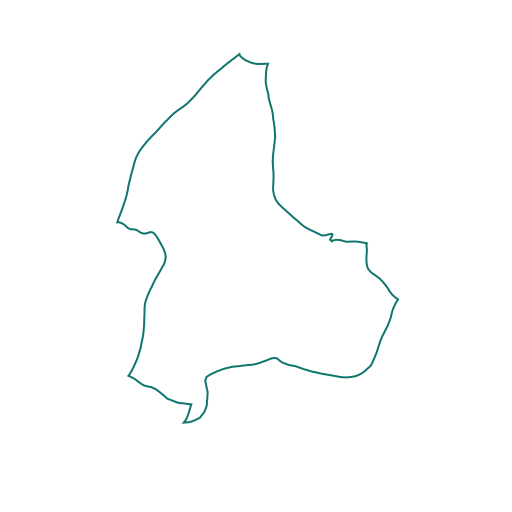 the district of Ghayl bin Yamin, Hadramawt, Yemen, rotated 113°
{"feature_id": "15242507B14142255130537", "entity_name": "Ghayl bin Yamin", "entity_type": "district", "adm_level": 2, "iso_a3": "YEM", "parent_name": "Yemen", "parent_adm1": "Hadramawt", "projection": "mercator", "projection_center": [49.287, 15.382], "detail": "fine", "context": "isolated", "style": "outline", "palette": "teal", "viewbox_px": 512, "rotation_deg": 113, "n_neighbors": 0, "source": "geoboundaries", "source_scale": "gbopen_adm2", "svg_char_len": 6064}
<svg xmlns="http://www.w3.org/2000/svg" viewBox="0 0 512 512"><g transform="rotate(113 256 256)"><path d="M416.1,326.6L416.1,325.3L416.3,322.8L416.5,320.5L416.7,319.0L416.9,318.1L417.6,315.6L418.1,313.3L418.3,312.4L418.7,310.7L418.9,307.9L418.5,305.6L418.1,303.0L417.6,300.8L417.6,300.7L417.8,295.9L420.1,287.2L422.0,282.1L421.6,270.6L417.8,257.6L420.4,257.4L423.5,257.0L426.4,256.6L428.2,256.6L428.9,256.5L431.8,256.4L434.3,256.5L436.5,257.1L437.6,257.4L435.0,252.4L431.5,248.5L426.9,244.5L419.3,242.5L412.8,242.9L400.2,247.3L390.7,254.0L387.0,254.3L386.9,254.3L384.8,253.1L383.9,252.4L382.9,251.7L380.6,249.7L379.2,248.4L377.7,247.1L377.5,246.8L375.9,245.2L374.1,243.4L373.5,242.7L372.4,241.5L371.1,239.8L369.5,237.6L368.7,236.5L368.1,235.7L366.8,233.8L365.6,231.5L364.5,229.5L363.1,227.0L361.9,225.2L360.9,223.1L359.7,221.2L358.6,218.9L358.4,218.5L356.9,215.9L355.5,214.0L354.3,212.4L352.7,210.6L352.2,210.0L350.5,208.3L348.9,206.5L347.4,204.9L345.5,203.1L345.1,202.7L344.1,201.5L342.7,199.4L342.4,198.4L342.0,197.0L343.3,192.4L343.4,192.1L343.8,189.8L343.7,187.4L343.6,185.8L343.6,184.7L343.2,181.9L342.6,179.3L341.9,176.3L341.9,174.3L341.8,173.2L341.6,170.1L341.4,166.8L341.0,163.9L340.8,161.9L340.7,161.0L340.4,158.4L339.7,155.8L339.4,153.4L339.4,153.2L338.9,150.8L338.5,148.6L338.4,148.2L337.6,144.9L336.9,141.9L336.3,139.6L335.9,137.5L335.6,136.4L335.1,134.2L334.7,132.1L333.9,129.2L332.8,126.3L331.5,123.5L330.1,121.0L328.8,119.0L327.3,116.9L325.5,115.1L323.4,113.4L322.1,112.4L320.9,111.7L318.9,110.6L316.4,109.5L314.6,108.6L314.0,108.3L311.9,107.5L309.7,107.3L307.2,107.2L304.8,107.2L302.8,107.2L301.9,107.2L299.2,107.2L296.4,107.4L293.6,107.6L292.1,107.8L290.8,107.9L288.9,108.1L287.8,108.1L285.0,108.4L282.5,108.4L280.3,108.4L277.1,108.1L274.9,108.0L272.3,107.8L270.8,107.7L269.5,107.6L266.9,107.6L266.0,107.6L264.5,107.7L261.8,107.8L259.4,108.0L257.2,108.4L254.6,108.8L253.6,109.0L250.8,109.2L248.9,109.1L247.9,109.1L245.5,109.0L242.9,108.7L240.4,108.3L239.9,110.8L239.1,113.4L238.3,115.6L237.2,117.7L236.1,119.6L234.5,121.5L233.6,123.0L232.8,124.4L231.5,126.7L230.3,128.9L229.4,131.1L228.3,133.8L227.7,136.2L227.2,138.4L226.9,140.0L226.8,141.0L226.1,143.6L225.2,145.6L224.1,147.7L222.3,149.5L220.2,150.9L218.1,152.0L215.9,153.1L215.7,153.2L213.8,153.9L212.7,154.3L211.4,154.8L209.1,155.6L207.0,156.3L205.0,157.4L202.8,158.7L201.0,158.8L201.2,160.3L201.9,162.9L202.5,166.0L203.4,168.9L204.2,171.2L205.4,173.6L206.5,176.1L207.6,178.3L207.9,180.6L208.4,184.5L209.7,188.4L211.5,191.0L211.8,191.3L212.6,191.9L212.8,192.0L212.7,192.1L212.4,192.5L212.3,193.3L212.1,194.2L208.5,193.9L207.0,194.0L206.1,194.3L206.0,194.8L206.3,195.6L207.1,196.7L209.9,200.3L211.3,203.2L211.2,206.4L211.0,209.7L210.8,216.5L210.7,217.2L210.5,219.6L210.3,222.0L210.2,222.4L210.2,222.5L209.6,224.8L209.2,226.2L208.9,227.2L208.3,228.9L207.9,229.9L207.6,230.9L207.1,232.4L206.5,234.8L206.0,236.1L205.7,237.0L204.8,239.7L204.0,241.9L203.0,245.0L202.0,247.8L201.3,250.0L199.3,255.2L198.7,256.2L197.6,258.2L196.0,260.3L194.0,262.2L191.7,264.0L189.6,265.4L187.5,266.5L185.1,267.5L182.6,268.3L182.2,268.5L180.1,269.3L177.4,270.3L174.4,271.6L172.2,272.6L169.7,274.0L167.6,275.0L167.2,275.2L164.7,276.5L162.0,277.7L159.7,278.5L157.6,279.4L155.5,280.0L152.4,280.9L150.1,281.6L147.7,282.3L144.7,283.1L142.0,284.0L139.5,284.7L136.4,286.1L134.3,287.2L133.8,287.4L131.1,288.8L130.8,289.0L128.6,290.3L126.1,291.7L123.9,293.2L122.0,294.3L119.3,295.7L117.4,296.9L115.2,298.4L113.2,300.1L111.5,301.4L110.8,302.0L109.1,303.4L106.7,305.2L104.5,306.7L102.4,307.8L100.6,309.2L99.7,309.9L98.4,310.9L96.1,312.5L93.7,314.1L91.5,315.3L90.8,315.6L89.3,316.2L87.0,317.0L83.9,318.2L81.2,319.1L78.5,319.8L75.9,319.9L74.4,320.1L74.6,320.4L75.6,322.9L76.6,325.0L77.8,327.7L78.3,328.8L78.7,329.9L79.3,332.1L79.8,334.8L79.9,336.4L80.0,337.1L79.9,339.6L79.9,342.2L79.4,344.6L79.1,345.6L78.7,347.1L77.8,349.1L76.6,350.1L77.4,350.5L79.4,351.7L82.1,353.1L85.0,354.9L85.2,355.0L87.3,356.1L89.4,357.4L91.7,358.6L94.5,360.0L96.0,360.7L96.7,361.1L99.2,362.5L105.9,365.9L108.0,366.8L110.8,368.0L113.8,369.2L116.3,369.9L118.9,370.8L120.6,371.4L121.8,371.8L122.6,372.0L124.9,372.7L128.0,373.6L128.9,373.9L130.9,374.5L133.6,375.4L138.7,377.3L140.9,378.2L142.3,378.8L143.2,379.3L144.3,379.9L145.7,380.6L148.6,382.4L151.2,384.1L153.9,385.7L156.2,387.0L158.3,388.0L159.3,388.4L160.4,388.9L162.6,389.8L165.9,391.0L168.0,392.0L170.5,392.9L171.2,393.1L172.6,393.6L174.8,394.4L176.7,394.9L176.9,395.0L179.1,395.8L182.0,396.8L184.5,397.9L186.7,398.8L189.0,399.6L191.3,400.5L193.5,401.2L196.1,401.9L199.0,402.8L199.9,403.0L201.8,403.5L204.7,404.1L206.9,404.5L209.5,404.6L212.3,404.8L213.2,404.8L215.1,404.6L217.8,404.4L220.4,403.9L223.1,403.6L225.5,403.3L227.7,403.0L228.4,402.9L230.9,402.6L232.7,402.2L233.2,402.1L235.8,401.7L238.1,401.4L240.4,401.0L243.2,400.4L245.4,399.8L247.6,399.4L249.8,399.0L252.5,398.6L254.7,398.3L256.9,398.1L259.2,398.0L260.8,397.9L261.4,397.8L263.0,397.7L264.7,397.6L265.4,397.5L267.6,397.4L269.8,397.4L272.1,397.2L274.6,397.2L277.1,397.0L279.2,396.8L278.4,395.0L278.3,392.7L278.5,390.3L279.1,388.0L280.0,385.8L280.5,383.5L280.1,381.3L280.1,381.0L279.3,378.9L278.7,376.7L278.8,375.7L279.0,374.2L279.5,371.9L279.5,369.6L278.9,367.1L278.0,365.9L277.2,364.7L275.6,363.1L275.4,362.9L274.7,360.7L274.7,360.4L275.1,358.5L275.9,356.8L276.3,356.0L277.6,354.1L279.2,351.8L281.4,349.1L283.3,346.7L285.0,344.5L287.0,342.4L289.0,340.8L289.4,340.5L290.8,339.5L292.8,338.5L294.3,338.1L295.0,337.9L297.8,337.6L299.5,337.6L300.8,337.6L303.0,338.0L305.7,338.2L308.8,338.6L311.4,338.9L314.1,339.2L316.8,339.6L319.4,339.7L322.2,339.9L325.2,339.9L327.7,340.2L330.3,340.2L333.4,340.3L335.6,340.2L338.5,340.1L341.2,339.9L343.8,339.4L346.1,338.7L348.6,337.8L349.6,337.4L350.7,336.9L353.5,335.8L356.2,334.8L358.8,333.8L360.9,332.9L364.0,331.8L366.7,330.9L369.7,329.9L371.9,329.3L374.1,328.7L376.3,328.2L379.5,327.6L382.2,327.1L385.2,326.4L388.6,326.0L392.0,325.6L395.9,325.2L399.5,325.2L399.9,325.2L406.2,325.3L408.5,325.5L410.9,325.7L413.1,325.9L415.3,326.4L416.1,326.6Z" fill="none" stroke="#0f766e" stroke-width="2"/></g></svg>